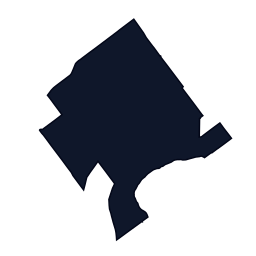 Claremont, Western Australia, Australia, rotated 323°
{"feature_id": "25037944B95117000304737", "entity_name": "Claremont", "entity_type": "district", "adm_level": 2, "iso_a3": "AUS", "parent_name": "Australia", "parent_adm1": "Western Australia", "projection": "mercator", "projection_center": [115.779, -31.981], "detail": "fine", "context": "isolated", "style": "filled", "palette": "ink", "viewbox_px": 256, "rotation_deg": 323, "n_neighbors": 0, "source": "geoboundaries", "source_scale": "gbopen_adm2", "svg_char_len": 3807}
<svg xmlns="http://www.w3.org/2000/svg" viewBox="0 0 256 256"><g transform="rotate(323 128 128)"><path d="M171.3,197.7L179.0,197.8L179.7,197.7L180.0,198.3L180.6,198.3L185.3,198.3L186.5,198.3L187.1,198.4L187.7,198.4L195.1,198.5L195.7,198.5L196.3,198.5L204.4,198.5L204.4,194.6L204.3,186.8L204.3,185.2L204.4,179.3L196.3,179.2L195.7,179.2L187.8,179.2L187.0,179.2L183.4,179.2L182.0,179.3L180.5,178.9L179.4,178.2L190.0,164.6L190.8,163.5L191.0,163.6L191.3,163.7L191.5,163.7L191.8,163.6L192.0,163.5L192.0,163.4L192.1,163.2L195.2,163.2L195.1,161.4L195.2,150.3L195.2,149.5L195.2,149.0L195.2,136.7L195.2,135.9L195.2,132.1L195.2,131.7L195.2,128.6L196.9,128.2L196.9,123.9L196.9,123.4L196.9,111.8L196.9,108.2L196.9,105.4L196.9,104.2L196.9,100.7L196.8,90.9L197.1,90.8L197.2,90.7L197.3,90.6L197.4,90.4L197.4,90.2L197.3,89.9L197.2,89.8L197.1,89.7L196.8,89.7L196.9,85.7L196.9,85.2L197.0,79.4L196.9,77.3L196.9,76.9L196.9,66.8L197.5,62.1L197.6,61.3L197.7,57.6L197.9,51.1L198.1,44.6L193.6,44.6L184.7,44.6L180.3,44.6L177.7,44.7L175.6,44.7L167.4,44.7L160.5,44.7L151.3,44.7L149.6,44.7L142.1,44.6L130.7,44.6L129.2,44.5L127.7,44.6L126.0,44.8L124.6,45.2L123.3,46.0L119.8,48.1L116.5,50.0L115.2,50.6L113.6,51.0L112.2,51.0L111.8,51.0L104.0,51.0L102.1,51.0L97.5,51.0L96.4,51.0L92.8,51.1L89.7,51.6L88.9,51.8L87.6,52.2L84.2,53.2L83.4,53.4L83.5,58.3L83.4,65.3L83.4,68.0L83.3,77.7L76.0,77.8L73.0,77.8L61.0,77.7L59.5,77.7L58.8,77.7L58.5,77.5L58.3,77.3L58.2,77.1L58.0,76.9L57.7,76.7L57.3,76.5L56.9,76.3L56.6,76.3L56.4,76.4L56.1,76.5L56.0,77.4L56.0,78.6L56.0,80.4L56.1,81.4L56.1,81.8L56.2,82.2L56.2,83.5L56.2,87.6L56.1,95.6L56.1,99.5L56.1,101.8L56.1,114.6L56.0,122.0L56.0,124.5L56.0,129.5L55.4,133.0L55.3,145.2L55.3,150.7L59.7,147.2L64.3,143.4L65.5,142.5L68.5,141.5L70.7,140.7L77.5,138.6L84.0,136.5L84.0,149.4L83.9,162.4L83.8,164.5L79.3,166.9L71.7,172.2L70.7,172.9L69.8,173.5L68.1,176.0L66.4,178.5L64.5,181.6L63.1,185.7L61.9,188.4L60.1,192.9L59.7,193.8L56.9,201.4L55.8,203.7L54.9,205.3L53.5,207.6L51.6,210.5L54.7,210.6L63.9,210.7L82.4,211.0L82.9,211.5L83.1,211.0L84.6,211.0L85.7,211.0L90.3,211.1L90.5,210.4L90.6,210.1L91.1,208.3L91.1,208.0L91.2,207.7L91.2,207.4L91.3,206.8L91.3,206.5L91.2,206.2L91.2,205.9L91.0,204.9L90.4,203.5L90.3,203.2L90.2,202.8L89.7,201.9L89.3,200.3L89.3,199.8L89.2,199.2L89.2,198.7L89.3,198.3L89.3,198.0L89.4,197.0L89.5,196.8L89.6,196.5L89.6,196.2L89.8,195.8L89.9,195.4L90.0,195.2L90.2,194.8L90.3,194.5L90.5,193.9L90.5,193.6L90.4,192.5L90.4,192.2L90.4,191.8L91.3,188.7L91.3,188.3L91.4,188.0L91.5,187.7L91.5,187.1L91.6,186.8L92.0,185.9L92.2,185.6L92.5,185.3L93.2,184.3L93.4,183.9L93.7,183.5L93.9,183.3L95.5,182.0L95.8,181.9L97.1,181.4L97.6,181.3L98.0,181.0L98.4,180.9L98.7,180.7L100.0,180.1L101.0,179.6L101.3,179.4L101.6,179.2L101.8,179.1L102.1,179.1L102.4,179.1L102.8,179.0L103.4,178.9L104.1,178.7L105.9,178.0L108.0,177.3L109.2,177.3L109.5,177.2L110.0,177.2L110.4,177.2L110.7,177.2L110.9,177.2L111.4,177.2L111.6,177.2L112.0,177.2L113.6,176.8L114.0,176.7L114.3,176.7L116.4,176.4L116.8,176.4L117.4,176.5L117.8,176.4L118.6,176.5L118.9,176.5L119.7,176.5L120.0,176.5L120.4,176.5L121.2,176.5L122.2,176.6L122.7,176.6L123.2,176.6L124.8,177.1L125.1,177.2L125.5,177.3L126.6,177.7L126.8,177.8L127.3,178.1L127.5,178.2L127.9,178.4L128.3,178.8L128.9,178.9L129.2,179.0L129.5,179.0L130.1,178.9L130.3,178.8L130.7,178.8L131.0,178.8L131.3,178.8L131.6,179.0L132.6,179.4L132.9,179.5L133.2,179.5L133.5,179.5L135.3,179.5L136.4,179.7L138.0,180.2L139.7,180.6L140.0,180.7L140.2,180.8L140.4,180.8L140.7,180.9L140.9,180.9L141.4,181.1L141.8,181.2L145.2,181.4L146.5,181.9L148.4,182.9L149.6,183.8L150.7,184.6L151.4,185.1L152.2,186.1L152.3,186.3L153.7,187.3L155.1,188.2L159.3,189.8L162.0,190.9L164.6,191.9L168.0,193.9L169.5,194.4L169.9,194.9L170.8,196.4L170.9,196.7L171.2,197.4L171.3,197.7Z" fill="#0f172a" stroke="#020617" stroke-width="1.5"/></g></svg>